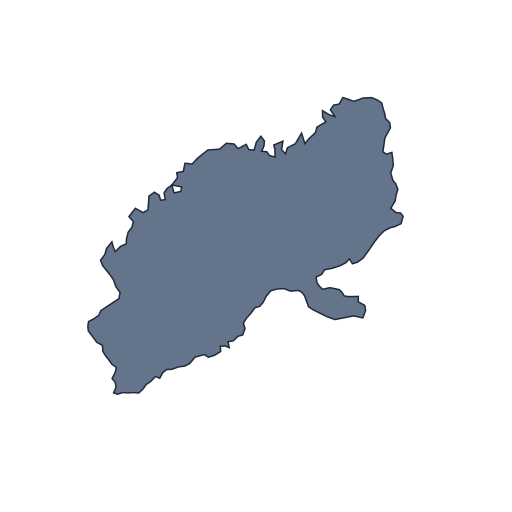 the district of Saldanha Marinho, Rio Grande do Sul, Brazil, rotated 44°
{"feature_id": "56859067B4805351166709", "entity_name": "Saldanha Marinho", "entity_type": "district", "adm_level": 2, "iso_a3": "BRA", "parent_name": "Brazil", "parent_adm1": "Rio Grande do Sul", "projection": "equal_earth", "projection_center": [-53.092, -28.388], "detail": "fine", "context": "isolated", "style": "filled", "palette": "slate", "viewbox_px": 512, "rotation_deg": 44, "n_neighbors": 0, "source": "geoboundaries", "source_scale": "gbopen_adm2", "svg_char_len": 2654}
<svg xmlns="http://www.w3.org/2000/svg" viewBox="0 0 512 512"><g transform="rotate(44 256 256)"><path d="M207.0,93.5L207.9,99.1L216.0,100.9L210.9,103.4L202.9,105.3L207.5,109.9L213.0,110.9L210.3,121.0L213.0,125.8L212.6,135.3L213.2,141.3L203.4,135.9L206.3,147.9L203.4,156.4L206.3,162.0L200.6,161.8L195.6,154.7L191.7,163.8L195.6,166.3L201.0,171.6L195.7,174.4L191.4,173.5L187.4,176.7L185.0,170.8L182.1,167.4L176.3,166.5L177.2,173.9L181.1,181.2L176.9,184.5L171.4,182.5L168.5,191.2L162.3,190.7L156.4,195.5L155.5,204.5L147.7,213.3L146.0,226.3L146.2,234.2L140.5,238.6L145.0,245.7L141.1,251.1L145.1,254.1L146.2,263.4L145.1,269.2L146.0,274.4L151.6,278.5L148.7,282.1L144.1,279.6L138.6,280.7L137.4,287.3L146.2,297.7L144.7,303.2L136.1,305.5L137.2,315.9L143.9,316.5L146.8,321.5L147.5,327.6L150.6,333.2L154.2,337.5L151.9,343.0L151.7,350.7L146.6,348.4L142.5,345.9L143.3,354.5L146.2,359.9L147.1,367.0L152.5,369.5L158.8,370.3L165.1,371.1L170.1,372.2L176.4,375.4L183.6,376.7L187.0,381.9L185.0,391.0L182.3,403.1L184.1,407.9L183.0,413.5L181.1,419.5L183.8,423.3L187.4,426.4L191.4,427.0L201.5,428.7L207.7,427.0L212.1,431.0L217.5,432.4L221.4,432.8L227.5,434.0L233.0,433.1L235.6,437.6L237.6,444.1L242.2,444.6L246.4,447.5L248.6,453.4L252.3,451.7L255.2,446.6L259.1,443.3L262.8,439.3L266.8,436.0L267.1,430.1L266.3,424.7L267.4,419.4L267.4,412.4L271.7,410.9L270.0,404.8L270.6,399.7L274.1,396.1L277.3,389.6L281.3,384.6L283.0,379.2L282.4,371.1L287.2,362.9L292.1,361.9L295.2,356.1L296.9,349.2L293.1,345.7L296.2,342.2L300.4,340.5L295.4,337.1L298.6,332.7L298.8,326.2L301.3,322.1L298.5,315.8L293.5,313.0L292.3,306.9L292.1,300.2L291.2,294.0L293.7,289.5L293.3,284.2L291.4,278.2L290.8,270.9L293.9,265.3L299.0,259.9L305.1,257.4L310.5,251.3L314.7,250.2L318.8,251.0L329.0,256.0L334.5,255.0L348.8,250.5L356.8,247.0L368.0,231.1L375.9,226.3L372.6,219.0L368.6,216.0L361.4,217.9L357.7,214.0L350.7,221.0L347.1,223.5L343.3,222.4L339.3,222.3L335.6,224.6L331.1,227.5L327.0,233.7L322.3,233.7L318.4,232.8L313.9,229.4L316.0,223.7L314.9,218.2L319.3,212.0L323.1,204.9L325.2,198.8L325.3,193.2L330.7,194.6L333.3,190.0L334.5,183.2L333.3,174.6L331.6,164.6L330.6,156.4L330.7,148.8L333.0,142.3L335.4,138.4L337.9,132.0L334.3,125.3L330.2,124.6L326.6,127.5L319.8,128.0L317.9,119.7L315.0,115.7L311.7,109.5L306.3,107.0L302.0,106.5L295.3,102.7L291.8,95.4L286.6,90.9L281.8,87.1L279.1,92.1L274.9,92.9L270.5,86.8L266.9,81.9L265.4,76.9L263.7,70.5L259.6,67.2L253.8,67.1L249.4,64.0L244.8,61.5L240.1,58.6L234.9,59.5L229.2,61.7L223.3,67.9L221.2,72.4L218.8,76.9L213.4,79.2L208.4,81.7L210.3,89.0L207.0,93.5ZM146.2,263.4L154.4,258.0L157.1,261.7L153.2,267.6L146.2,263.4Z" fill="#64748b" stroke="#1e293b" stroke-width="1.5"/></g></svg>